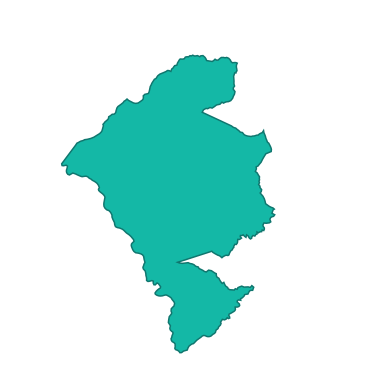 São João do Paraíso, Maranhão, Brazil, rotated 135°
{"feature_id": "56859067B9306811321395", "entity_name": "São João do Paraíso", "entity_type": "district", "adm_level": 2, "iso_a3": "BRA", "parent_name": "Brazil", "parent_adm1": "Maranhão", "projection": "robinson", "projection_center": [-46.883, -6.44], "detail": "fine", "context": "isolated", "style": "filled", "palette": "teal", "viewbox_px": 384, "rotation_deg": 135, "n_neighbors": 0, "source": "geoboundaries", "source_scale": "gbopen_adm2", "svg_char_len": 6033}
<svg xmlns="http://www.w3.org/2000/svg" viewBox="0 0 384 384"><g transform="rotate(135 192 192)"><path d="M207.1,302.8L207.8,301.5L212.4,298.9L213.8,298.6L216.0,298.6L220.2,299.6L222.5,300.1L225.6,301.4L228.8,303.3L230.9,304.9L232.6,305.4L234.9,306.7L237.5,307.4L238.8,307.9L241.2,307.4L264.2,304.1L265.2,302.6L264.4,301.5L262.0,299.9L261.7,298.4L263.4,297.2L265.2,296.3L266.2,295.4L267.0,294.2L267.3,292.3L266.6,290.7L262.9,289.7L261.6,287.2L261.0,285.4L259.9,282.6L259.3,281.2L258.6,280.3L257.3,279.4L255.7,278.1L255.0,276.6L254.9,274.3L254.3,272.5L254.2,270.8L253.6,268.9L253.2,267.2L253.0,265.2L253.4,262.9L254.4,260.6L256.2,260.1L256.9,259.0L256.9,257.0L256.5,253.9L256.6,251.5L257.2,249.9L262.1,246.5L263.4,245.3L264.4,244.0L265.0,241.9L264.9,239.7L263.9,237.6L263.9,235.8L264.2,234.3L264.9,232.3L266.3,230.8L267.3,228.6L268.4,225.3L269.8,223.5L270.6,221.6L270.0,219.7L268.6,217.6L267.5,214.8L267.3,213.3L267.3,209.4L266.7,206.1L266.6,203.7L267.0,199.7L267.9,198.1L270.1,198.2L271.6,198.0L272.8,197.1L273.5,195.9L274.7,193.1L275.1,191.1L274.8,188.9L273.1,186.6L271.9,184.4L271.4,182.6L271.7,180.7L273.5,178.2L275.0,175.5L277.0,174.9L278.4,174.1L279.9,173.5L280.8,172.1L281.0,169.1L282.4,166.9L283.7,165.4L284.4,164.1L285.2,163.0L286.7,161.5L286.4,159.9L285.4,159.1L283.0,157.7L282.4,156.3L283.8,155.1L284.5,153.3L283.6,152.3L281.0,152.4L280.6,150.7L281.2,147.2L282.4,146.5L283.9,146.9L285.6,147.1L287.5,147.1L289.6,146.7L290.2,145.6L289.8,143.7L288.9,142.0L287.8,140.7L286.3,139.5L283.8,138.1L282.9,137.2L282.5,135.9L282.1,134.7L281.6,132.1L282.1,130.0L282.4,127.1L283.1,125.5L285.4,124.1L287.0,124.2L289.2,124.1L291.0,122.6L291.7,121.0L292.9,120.3L296.3,119.9L299.0,118.0L301.0,116.4L301.9,112.6L303.3,111.8L304.3,111.0L304.9,109.7L304.9,107.9L304.7,106.4L305.5,105.4L307.7,104.5L309.2,103.5L310.5,103.1L311.4,101.9L311.8,100.3L311.2,97.8L311.4,96.5L313.5,94.3L314.6,93.7L315.1,92.3L314.1,90.0L313.9,88.5L314.2,86.9L312.9,85.8L310.5,85.5L307.1,83.6L305.3,84.5L303.3,85.1L301.1,84.9L299.4,84.5L298.3,83.8L296.8,83.7L295.6,83.8L293.1,83.8L288.4,83.0L286.6,82.9L285.3,82.4L284.3,81.2L283.8,79.7L283.0,78.4L281.7,77.3L280.3,76.7L277.9,76.6L276.1,76.1L274.6,76.2L273.5,76.9L272.2,77.4L270.8,77.0L269.7,77.2L268.6,77.8L266.0,77.8L264.3,78.6L263.8,79.9L262.0,80.1L260.6,80.5L259.4,78.6L257.9,78.0L256.0,78.2L255.8,76.8L254.4,76.2L253.5,77.5L253.2,78.9L251.9,79.4L250.4,78.8L248.4,78.3L246.9,77.9L245.5,77.8L244.4,78.2L242.9,80.1L241.3,78.6L239.9,77.9L238.6,78.0L237.7,79.3L237.8,82.4L236.7,83.1L235.4,82.8L234.1,80.9L233.1,82.2L231.3,81.6L228.7,81.6L227.4,82.2L226.2,81.5L224.6,80.3L222.3,81.1L220.9,81.3L219.6,80.6L218.6,79.6L215.7,81.0L215.9,83.5L218.3,83.3L219.4,85.2L222.4,87.9L223.4,90.3L225.3,91.2L227.1,91.9L228.9,91.3L229.8,93.0L231.4,92.8L234.3,96.1L234.9,97.9L234.3,99.3L234.7,101.7L234.3,103.3L233.4,105.6L235.3,106.0L235.1,108.0L234.7,110.0L234.0,111.9L234.5,114.2L234.0,115.5L232.6,117.1L233.2,118.8L233.9,122.6L235.5,125.0L238.5,125.4L239.4,127.1L239.8,129.2L240.5,131.2L241.1,132.8L240.6,134.6L241.9,136.9L242.0,139.2L242.8,141.2L244.0,142.9L244.7,144.8L246.7,146.3L249.2,148.3L251.0,150.5L251.9,152.5L219.9,136.1L219.9,134.4L219.3,132.0L218.4,129.0L217.6,127.5L217.3,124.4L215.8,124.3L213.6,123.7L212.4,123.0L211.5,121.7L210.4,121.4L208.3,122.4L205.9,123.0L204.3,122.6L203.2,123.3L201.7,123.2L200.8,124.1L198.7,124.7L197.8,123.6L196.4,123.8L195.3,124.3L193.2,126.1L191.9,124.8L189.6,124.4L189.5,126.3L188.5,127.0L187.5,125.9L186.1,125.6L186.2,123.6L185.9,121.8L183.7,123.1L183.4,121.2L184.0,119.1L183.9,117.5L182.6,117.1L181.3,118.0L179.6,118.1L178.7,116.4L176.9,116.8L175.7,116.3L174.3,117.7L174.0,116.2L172.3,115.9L170.8,114.7L169.3,115.5L168.5,114.0L167.2,114.5L166.3,115.4L165.9,117.4L165.2,118.5L163.0,119.2L161.7,117.5L159.1,115.5L157.4,115.2L156.2,117.7L154.6,118.2L153.4,118.1L151.5,117.1L149.6,117.4L150.5,120.4L147.4,122.0L145.9,121.7L146.0,123.4L147.0,125.6L147.6,127.6L148.2,131.7L146.8,133.9L145.7,136.0L144.8,138.9L144.5,143.1L142.8,143.3L141.1,144.4L140.8,147.0L139.8,148.1L139.6,150.2L137.7,150.9L137.0,152.3L135.7,152.8L134.8,154.0L133.5,155.0L133.1,157.0L132.4,159.5L132.7,161.7L130.1,162.8L128.9,164.4L127.0,163.7L124.6,164.0L122.1,164.2L119.2,165.2L115.8,166.1L112.7,166.8L107.4,164.6L105.8,165.9L105.0,167.2L104.4,168.6L103.2,172.2L103.4,173.9L102.4,176.1L101.8,177.7L100.7,179.5L100.0,181.1L99.2,183.1L98.0,184.8L100.4,184.3L102.0,185.0L103.4,185.4L104.8,185.4L106.2,186.5L108.4,187.6L109.3,188.5L111.0,189.5L113.1,192.2L114.1,194.1L114.6,195.6L114.3,198.4L115.5,200.1L115.5,202.6L115.8,204.1L115.9,206.3L117.0,208.3L117.4,210.9L128.4,241.1L125.8,242.0L123.0,241.2L122.0,239.8L119.6,239.1L118.4,237.1L115.6,236.5L113.1,236.2L110.2,234.3L107.3,234.3L106.9,232.6L104.8,231.9L103.6,231.2L102.3,230.1L100.0,229.2L97.1,229.5L94.9,230.5L92.9,231.1L90.6,232.6L90.1,235.6L88.9,236.5L87.0,236.8L86.1,238.5L85.1,239.6L83.9,240.7L80.7,244.4L77.6,246.0L76.7,245.1L75.7,245.8L74.5,245.9L73.4,247.3L72.2,249.1L70.7,250.4L68.9,251.1L69.4,252.4L70.3,253.4L72.1,254.9L72.2,256.7L71.6,258.1L71.5,260.6L72.3,262.6L73.7,263.5L74.7,265.0L76.2,266.4L77.9,266.7L80.2,266.8L81.4,267.8L81.8,269.6L83.5,269.6L85.4,270.0L87.6,273.0L88.7,274.7L87.9,276.5L87.6,278.1L87.8,280.7L89.5,282.1L90.8,282.1L91.7,284.6L93.2,285.6L94.2,286.6L94.7,288.2L96.3,288.7L97.0,289.8L99.0,290.1L99.8,291.1L101.3,292.1L103.2,291.7L104.7,292.6L106.3,294.4L107.4,294.4L111.2,293.4L113.0,292.4L114.9,293.6L116.4,293.4L117.8,293.1L119.4,293.3L121.7,292.2L122.4,294.1L123.5,295.3L125.0,295.5L127.6,296.5L131.4,298.1L133.9,298.4L135.6,298.1L137.1,297.7L138.9,298.3L143.5,297.3L145.2,296.6L146.9,296.1L151.2,293.3L153.1,292.5L155.2,293.7L156.2,294.4L158.4,294.5L159.6,293.2L160.8,292.3L162.1,292.1L166.2,292.8L167.3,293.1L169.2,294.5L170.4,296.3L172.1,301.6L172.2,303.7L174.4,303.8L175.7,304.2L177.5,303.9L180.3,304.2L183.9,304.8L185.7,304.5L188.3,303.1L189.6,302.2L190.8,302.0L192.0,302.1L193.5,303.4L195.5,303.6L197.7,304.1L199.0,303.1L200.2,302.8L204.2,303.1L205.8,302.8L207.1,302.8Z" fill="#14b8a6" stroke="#0f766e" stroke-width="1.5"/></g></svg>